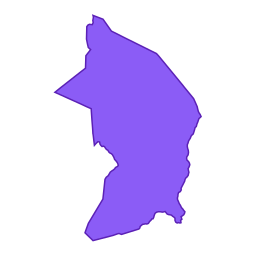 outline of Riachão do Jacuípe, Bahia, Brazil
{"feature_id": "56859067B71241213930748", "entity_name": "Riachão do Jacuípe", "entity_type": "district", "adm_level": 2, "iso_a3": "BRA", "parent_name": "Brazil", "parent_adm1": "Bahia", "projection": "equal_earth", "projection_center": [-39.393, -11.797], "detail": "fine", "context": "isolated", "style": "filled", "palette": "violet", "viewbox_px": 256, "rotation_deg": 0, "n_neighbors": 0, "source": "geoboundaries", "source_scale": "gbopen_adm2", "svg_char_len": 2375}
<svg xmlns="http://www.w3.org/2000/svg" viewBox="0 0 256 256"><path d="M201.1,116.6L200.1,114.4L199.0,112.8L198.3,111.3L197.7,109.0L197.2,106.7L194.7,101.0L193.6,98.6L184.1,87.0L183.1,85.7L174.9,75.7L158.5,55.8L156.5,53.6L134.6,42.7L125.1,38.0L123.1,37.0L111.4,31.1L108.5,27.0L103.0,19.2L93.0,15.4L93.4,17.0L93.1,19.0L92.8,20.5L93.2,22.5L92.3,24.6L90.7,24.5L89.5,24.3L88.0,25.0L86.8,26.6L86.5,39.1L87.5,44.1L88.3,47.5L90.6,49.6L85.9,55.7L85.5,68.2L81.1,71.6L60.6,87.7L59.1,88.9L54.9,92.3L71.1,99.6L81.1,104.1L86.2,106.5L91.2,108.7L91.4,112.1L91.7,116.4L92.1,122.0L92.4,125.7L92.6,128.3L92.8,131.3L92.9,133.4L93.2,135.1L94.4,145.3L95.9,143.6L97.9,141.7L99.6,142.0L100.0,144.1L100.8,145.3L102.0,146.5L103.6,146.2L104.6,146.8L105.6,148.4L106.5,149.5L107.9,150.3L108.9,152.1L109.9,153.0L111.4,153.7L112.4,154.7L113.3,156.3L114.0,157.6L114.5,159.2L115.4,160.3L116.5,161.5L117.5,163.0L118.3,165.2L117.6,166.4L115.5,167.5L114.6,168.9L113.3,170.0L112.0,170.8L110.3,172.1L108.2,175.7L106.2,177.3L105.0,179.3L102.9,199.1L88.4,223.3L85.7,230.7L85.0,232.8L93.0,240.6L113.1,235.4L117.9,233.7L119.1,233.5L120.4,234.0L121.5,234.4L138.9,229.0L139.8,228.0L140.2,226.4L141.7,225.1L142.7,224.3L143.8,224.2L145.3,223.8L146.9,224.0L148.4,223.4L149.6,221.5L151.0,220.2L151.8,219.0L153.0,218.8L153.7,217.4L154.2,215.5L155.0,213.4L156.5,212.2L158.5,211.7L160.7,211.8L162.2,212.1L163.3,212.0L165.1,211.5L166.2,212.8L167.1,214.0L168.6,214.6L170.1,214.8L171.6,215.2L172.5,216.2L173.7,216.9L175.0,218.2L175.0,220.4L175.7,222.1L177.1,223.0L178.4,222.6L180.0,223.0L181.0,222.7L180.6,220.3L181.9,219.3L181.5,218.0L181.1,216.6L182.3,215.9L183.8,214.7L184.6,213.1L184.9,211.7L183.7,210.4L182.8,209.0L181.4,207.5L180.4,205.3L179.3,203.7L178.3,201.2L177.6,199.8L177.4,198.0L177.9,196.1L178.0,194.3L178.6,192.5L180.3,191.6L181.2,190.0L181.1,188.2L182.0,186.4L183.0,184.5L184.0,182.5L184.7,181.1L185.0,179.5L185.8,178.0L187.0,177.0L188.2,175.3L188.5,173.7L188.9,172.3L188.5,170.7L188.1,168.7L189.1,166.8L189.8,164.8L189.4,163.1L188.5,161.5L187.0,160.1L186.6,158.4L186.8,156.8L188.1,154.9L188.5,152.5L188.3,150.4L187.7,148.6L187.3,146.6L187.3,144.7L188.0,143.1L188.6,140.9L189.7,139.2L190.5,137.8L190.9,136.4L192.1,134.9L193.2,134.0L193.7,132.5L194.4,130.3L195.1,127.6L196.3,126.5L196.9,124.1L197.9,121.7L198.4,120.1L199.0,118.5L200.0,117.7L201.1,116.6Z" fill="#8b5cf6" stroke="#5b21b6" stroke-width="1.5"/></svg>